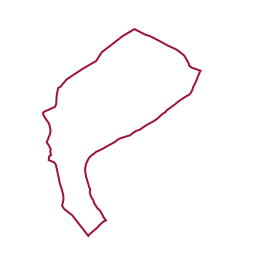 outline of Armant, Qina, Egypt, rotated 345°
{"feature_id": "37247803B28192113145833", "entity_name": "Armant", "entity_type": "district", "adm_level": 2, "iso_a3": "EGY", "parent_name": "Egypt", "parent_adm1": "Qina", "projection": "orthographic", "projection_center": [32.504, 25.612], "detail": "fine", "context": "isolated", "style": "outline", "palette": "rose", "viewbox_px": 256, "rotation_deg": 345, "n_neighbors": 0, "source": "geoboundaries", "source_scale": "gbopen_adm2", "svg_char_len": 2038}
<svg xmlns="http://www.w3.org/2000/svg" viewBox="0 0 256 256"><g transform="rotate(345 128 128)"><path d="M212.9,91.5L204.9,86.0L204.5,85.5L204.5,85.0L203.4,84.0L203.3,82.3L203.2,80.7L201.1,72.7L198.2,68.5L194.7,64.4L188.5,59.3L179.4,50.7L172.6,44.6L169.2,42.6L159.8,34.1L157.0,34.9L147.0,37.7L141.5,40.0L122.3,48.0L119.7,50.3L114.6,55.0L99.3,59.2L92.9,61.3L87.1,63.2L81.3,65.2L80.0,66.1L75.1,69.4L73.6,70.6L70.9,71.3L68.0,77.0L66.6,80.9L64.8,86.4L62.8,88.7L62.2,88.8L61.5,88.9L56.2,89.8L51.6,90.5L50.0,91.2L49.6,93.4L50.3,96.0L52.9,103.5L52.7,109.5L51.3,113.4L45.8,120.8L47.1,124.5L47.9,128.3L46.9,130.5L46.6,134.3L44.5,135.0L43.1,138.4L47.6,141.9L48.8,144.5L48.6,149.7L48.1,159.2L47.8,164.2L48.0,167.4L48.2,170.9L48.0,176.7L47.0,180.7L44.2,186.1L45.5,189.9L46.5,191.2L51.4,197.6L61.7,221.9L62.5,221.1L73.3,215.9L74.7,214.7L80.6,211.8L82.7,211.6L82.7,211.1L81.9,209.6L81.3,207.8L81.0,206.3L80.7,205.0L80.2,202.9L79.5,200.3L77.8,197.8L76.9,195.1L76.0,192.4L75.9,190.7L75.7,188.4L74.9,186.2L74.5,184.1L74.3,183.3L74.5,180.8L74.5,179.8L75.0,178.9L75.6,177.7L75.2,174.7L75.2,171.5L75.0,168.7L75.0,168.4L74.9,164.0L75.3,160.6L75.4,158.7L76.2,155.9L76.6,155.0L76.8,154.5L77.4,153.4L78.7,151.2L80.1,149.5L82.1,147.3L83.5,146.2L85.7,145.0L87.4,144.4L89.7,143.4L91.4,142.6L93.9,142.4L97.3,141.7L99.7,141.2L101.6,140.5L102.7,140.3L103.8,140.0L111.6,138.1L113.8,137.2L116.6,136.1L121.2,135.8L124.3,135.7L128.0,135.6L130.9,134.4L134.5,133.0L139.3,132.6L141.4,131.8L142.0,131.6L143.6,131.0L146.2,130.1L148.2,129.6L150.3,129.1L151.0,128.9L152.8,128.5L153.9,128.2L154.5,128.1L155.7,127.6L156.8,127.3L158.5,126.7L159.9,126.0L161.3,125.3L162.3,124.7L163.1,124.3L163.8,123.9L164.6,123.5L165.7,123.1L166.9,122.7L168.0,122.4L170.0,121.0L170.6,120.7L172.0,120.2L174.4,119.3L175.3,119.0L177.2,118.1L177.3,118.1L179.7,117.2L182.1,116.1L182.9,115.7L184.2,115.2L187.1,114.2L190.6,113.0L193.7,112.1L195.4,111.9L197.1,110.9L199.7,108.3L201.3,105.7L203.0,103.7L205.7,100.7L208.7,96.6L211.1,93.4L212.9,91.5Z" fill="none" stroke="#9f1239" stroke-width="2"/></g></svg>